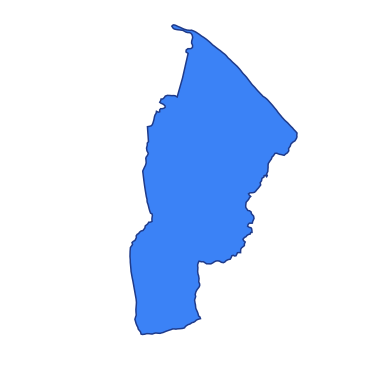 Santo Amaro do Maranhão, Maranhão, Brazil (Robinson projection), rotated 21°
{"feature_id": "56859067B2088980955317", "entity_name": "Santo Amaro do Maranhão", "entity_type": "district", "adm_level": 2, "iso_a3": "BRA", "parent_name": "Brazil", "parent_adm1": "Maranhão", "projection": "robinson", "projection_center": [-43.176, -2.647], "detail": "fine", "context": "isolated", "style": "filled", "palette": "blue", "viewbox_px": 384, "rotation_deg": 21, "n_neighbors": 0, "source": "geoboundaries", "source_scale": "gbopen_adm2", "svg_char_len": 4818}
<svg xmlns="http://www.w3.org/2000/svg" viewBox="0 0 384 384"><g transform="rotate(21 192 192)"><path d="M268.9,99.3L266.9,98.2L264.5,97.1L262.8,96.1L261.3,95.5L259.6,94.7L258.2,94.0L256.4,93.1L254.5,92.4L253.2,91.9L251.9,91.3L250.8,90.7L249.5,90.1L248.0,89.2L246.7,88.5L244.0,87.0L241.5,85.3L239.3,84.1L236.2,82.3L233.9,81.1L232.1,80.2L230.6,79.4L229.2,78.7L227.9,78.2L226.3,77.7L223.8,77.2L222.1,76.3L220.9,75.8L219.7,75.2L217.2,74.0L214.9,72.8L213.5,72.0L211.8,71.2L210.0,70.4L208.6,69.6L207.1,68.6L205.9,67.9L204.5,67.0L203.2,66.2L201.8,65.3L200.2,64.5L199.0,63.9L197.4,63.2L196.0,62.4L194.3,61.3L192.4,60.2L189.3,58.6L186.1,57.3L183.2,56.2L180.2,54.8L178.7,54.3L177.4,53.8L176.1,53.0L174.8,52.3L173.1,51.6L171.0,51.0L169.2,50.4L167.8,49.9L166.1,49.5L164.4,49.0L162.7,48.5L160.5,47.8L158.6,47.3L157.0,46.6L154.8,45.7L152.8,45.0L150.8,44.3L148.5,43.7L146.8,43.3L145.5,43.1L144.0,42.7L142.4,42.2L140.5,41.8L139.3,41.5L137.5,41.2L135.5,41.1L133.5,41.1L132.2,41.8L130.7,42.2L129.3,42.6L127.6,42.7L126.1,42.8L124.3,42.7L121.8,42.5L119.6,42.5L117.6,42.3L116.1,42.3L114.6,42.7L113.7,44.4L115.6,45.8L117.0,46.2L119.2,45.9L120.6,45.6L122.4,45.1L125.6,44.4L129.1,44.9L130.8,44.7L132.7,44.1L134.1,44.2L135.6,45.1L136.6,46.4L137.3,47.7L137.5,49.5L137.6,51.0L138.2,53.1L139.9,54.7L140.6,56.7L140.0,58.1L139.0,58.8L136.8,59.7L135.7,61.5L136.2,63.4L138.7,64.0L141.7,84.8L142.3,88.9L144.1,108.6L141.7,108.2L140.2,108.6L138.6,109.3L136.8,109.8L134.4,110.6L132.7,112.0L132.3,113.8L131.3,115.7L129.8,116.3L130.0,118.0L129.7,119.8L130.9,120.2L133.1,120.3L134.5,120.6L136.0,121.3L136.6,122.6L135.7,123.9L134.3,124.9L132.9,125.4L132.4,126.9L133.1,128.7L131.9,129.6L129.9,129.4L130.3,131.4L129.9,133.3L130.0,135.3L130.5,137.9L130.8,141.0L130.8,143.3L130.2,144.8L128.8,145.9L127.0,147.0L131.1,155.8L133.3,160.6L132.7,162.4L133.5,164.4L133.8,167.3L135.2,169.7L137.2,171.4L137.4,172.7L137.2,174.1L136.7,175.8L136.8,177.1L137.8,179.1L138.8,181.3L139.0,184.0L138.8,185.4L138.5,190.1L141.5,195.8L143.1,198.8L145.4,203.0L148.2,207.9L151.1,212.8L152.6,214.9L153.3,216.6L154.1,217.9L155.5,219.5L157.8,222.8L159.3,224.8L160.9,226.6L162.4,226.7L163.4,228.0L164.1,231.2L165.2,233.8L163.7,235.3L162.5,235.6L162.0,237.9L160.5,240.4L160.9,242.4L160.1,245.4L158.4,246.7L157.4,248.4L157.1,249.8L156.0,251.2L155.6,252.9L156.4,254.6L156.1,257.6L154.9,259.1L154.1,260.7L155.3,262.3L155.0,263.7L154.4,265.9L155.5,269.6L157.2,274.4L158.6,277.3L159.6,279.8L162.8,286.3L163.5,287.9L167.1,293.8L168.6,296.1L175.6,307.7L178.2,312.0L179.7,315.0L180.4,317.2L181.7,321.7L182.7,324.1L184.1,327.0L184.1,328.5L184.3,331.3L187.0,334.9L188.5,336.5L189.9,337.7L191.0,339.3L194.0,341.0L195.4,342.9L196.7,342.8L198.8,341.7L200.4,340.5L201.7,340.0L203.2,339.5L204.7,339.2L206.0,338.7L207.1,337.7L208.7,336.6L210.2,336.2L211.6,335.8L213.0,335.3L214.1,334.4L215.3,333.6L217.7,331.3L219.0,330.2L220.4,329.0L221.5,328.2L223.0,326.8L224.5,326.2L226.1,325.8L227.6,324.9L229.8,323.9L232.0,322.8L233.7,321.5L234.0,320.0L234.8,318.7L235.8,317.3L237.5,315.9L238.8,314.0L240.2,313.0L241.2,311.7L242.0,310.0L243.4,308.6L245.3,307.2L244.1,305.8L242.5,305.3L241.3,303.5L240.1,302.1L238.8,300.8L237.2,299.2L236.3,297.4L235.6,296.0L234.7,294.7L233.1,291.9L232.9,288.3L231.7,286.5L231.4,283.8L231.7,281.5L232.7,278.0L232.7,276.6L232.1,275.1L230.5,273.5L229.6,270.3L228.1,267.7L227.1,266.6L225.8,264.3L224.6,260.5L223.8,259.1L223.3,257.7L223.2,255.6L223.4,254.0L225.7,253.8L227.6,253.0L231.3,253.8L233.5,253.0L235.4,252.3L236.8,250.7L238.0,249.0L239.2,247.8L240.8,247.0L242.5,246.7L244.6,247.1L246.7,246.7L247.7,245.6L248.4,244.0L249.7,242.4L251.8,241.0L252.1,238.8L252.0,237.3L253.2,236.3L254.6,236.5L255.9,235.8L256.1,234.1L256.2,232.4L257.4,231.8L259.1,231.2L258.6,229.9L258.0,227.9L258.3,226.4L259.1,225.0L260.1,223.3L259.5,221.6L259.6,219.6L257.8,219.0L256.5,217.8L257.3,215.6L258.4,214.4L258.9,212.8L260.1,211.3L261.4,210.4L261.3,208.8L262.5,208.2L261.9,206.8L260.9,205.0L259.8,204.2L258.3,204.5L256.2,204.1L256.0,202.2L256.7,200.5L258.3,200.0L259.5,199.4L259.2,198.0L259.3,196.3L259.4,194.5L258.1,192.4L256.5,191.6L255.1,190.8L254.4,189.5L252.5,188.9L250.6,189.2L249.2,188.1L247.8,187.2L247.0,185.4L246.2,182.2L247.5,178.7L247.7,176.6L248.4,175.1L246.6,174.4L245.4,173.5L246.4,172.0L247.8,171.4L249.1,170.8L250.5,169.8L251.3,168.1L251.8,166.4L252.6,164.4L253.6,160.8L252.3,158.9L252.9,156.6L252.4,154.2L253.8,152.2L253.5,150.9L254.6,150.1L256.2,151.0L256.4,149.7L255.2,148.5L255.4,145.6L254.7,143.5L254.3,142.0L253.5,140.0L253.0,138.0L253.8,134.5L254.3,132.6L254.2,130.6L255.0,129.1L255.6,126.2L257.3,125.4L258.9,125.5L260.5,125.4L261.7,125.1L263.6,124.9L264.9,124.7L265.8,122.9L267.0,121.3L267.6,118.9L266.6,116.8L267.3,113.8L267.1,112.0L267.7,110.5L268.3,109.3L269.8,107.3L270.3,104.5L270.2,102.9L269.5,101.5L268.9,99.3Z" fill="#3b82f6" stroke="#1e3a8a" stroke-width="1.5"/></g></svg>